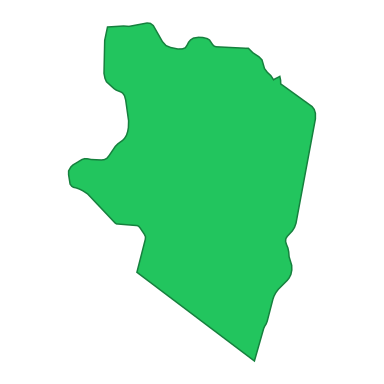 map outline of Eastern Highlands (Robinson projection)
{"feature_id": "PNG-1243", "entity_name": "Eastern Highlands", "entity_type": "Province", "adm_level": 1, "iso_a3": "PNG", "parent_name": "Papua New Guinea", "parent_adm1": "", "projection": "robinson", "projection_center": [145.54, -6.548], "detail": "fine", "context": "isolated", "style": "filled", "palette": "green", "viewbox_px": 384, "rotation_deg": 0, "n_neighbors": 0, "source": "natural_earth", "source_scale": "10m", "svg_char_len": 1436}
<svg xmlns="http://www.w3.org/2000/svg" viewBox="0 0 384 384"><path d="M147.1,23.0L150.4,23.4L153.3,25.6L162.4,41.6L166.0,45.6L170.6,47.5L177.9,49.0L182.4,48.9L185.3,47.8L187.2,45.0L188.6,42.2L190.6,39.9L193.4,38.1L198.6,37.3L202.8,37.5L207.2,38.6L209.5,40.0L212.6,44.6L214.4,46.3L216.4,46.8L244.5,48.2L245.3,48.3L248.4,48.3L252.9,52.8L259.1,56.9L262.0,59.9L264.5,68.6L267.3,72.3L270.8,75.6L273.6,79.8L274.9,78.9L278.4,77.2L279.8,76.4L280.6,80.3L280.7,83.9L283.9,86.2L312.1,106.6L314.2,109.4L315.4,113.3L315.4,118.9L296.0,223.2L294.5,227.4L292.3,230.9L287.3,236.3L285.8,238.7L285.6,241.6L286.5,244.6L287.9,248.0L288.7,251.9L289.1,256.8L291.7,265.4L291.8,270.0L290.9,274.4L289.1,278.0L287.2,280.4L278.3,289.3L275.8,292.7L274.0,296.1L272.9,299.2L267.2,321.2L266.1,324.0L264.7,326.2L263.7,328.4L254.4,361.0L136.9,272.3L145.3,239.4L145.5,236.8L144.3,234.2L140.0,227.8L138.7,226.3L137.3,225.6L116.5,223.9L115.1,223.0L87.6,193.9L82.7,190.7L79.5,189.1L76.2,187.9L73.4,187.3L71.7,186.2L70.1,184.1L68.6,174.7L68.6,170.9L70.9,166.9L73.0,164.9L82.0,159.5L84.6,158.7L87.6,158.8L91.0,159.5L101.3,160.0L104.4,159.6L106.9,158.3L109.1,155.6L115.3,146.4L118.0,143.7L122.7,140.3L124.6,138.3L126.5,135.2L127.7,131.5L128.4,127.6L128.6,120.8L125.7,100.1L124.5,95.7L122.6,93.0L120.7,91.9L116.2,90.1L114.1,88.7L106.5,81.8L105.0,78.4L104.0,73.4L104.7,40.4L107.5,27.0L123.5,26.0L129.0,26.4L147.1,23.0Z" fill="#22c55e" stroke="#15803d" stroke-width="1.5"/></svg>